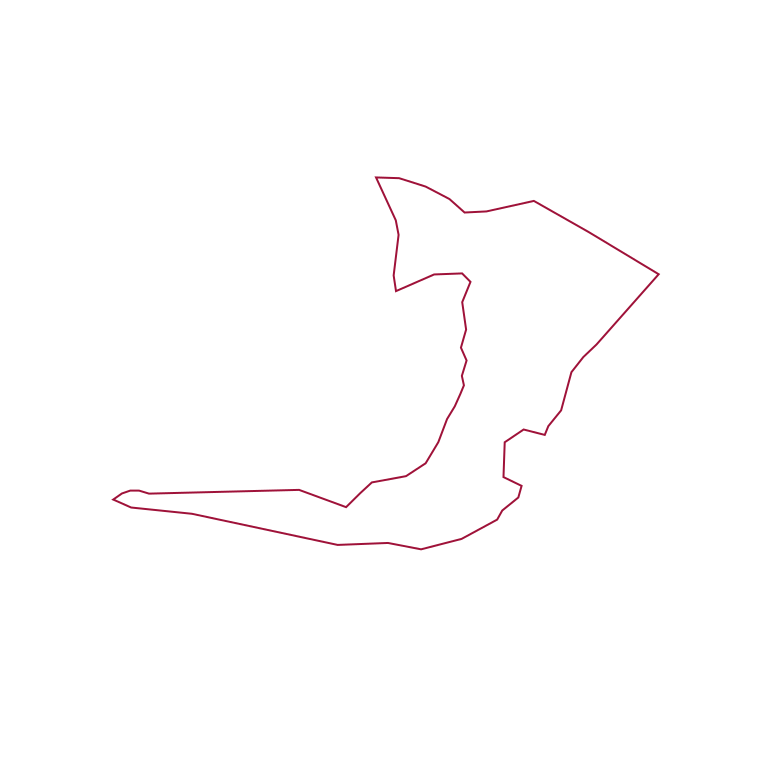 outline of West Grand Bahama, rotated 326°
{"feature_id": "BHS-5011", "entity_name": "West Grand Bahama", "entity_type": "District", "adm_level": 1, "iso_a3": "BHS", "parent_name": "The Bahamas", "parent_adm1": "", "projection": "orthographic", "projection_center": [-78.67, 26.651], "detail": "fine", "context": "isolated", "style": "outline", "palette": "rose", "viewbox_px": 768, "rotation_deg": 326, "n_neighbors": 0, "source": "natural_earth", "source_scale": "10m", "svg_char_len": 849}
<svg xmlns="http://www.w3.org/2000/svg" viewBox="0 0 768 768"><g transform="rotate(326 384 384)"><path d="M673.1,446.6L582.2,470.1L564.4,473.1L546.0,479.0L516.1,504.9L496.7,510.8L488.8,516.1L474.3,499.8L451.5,499.8L431.0,528.0L441.1,545.4L431.9,553.2L411.3,555.0L402.0,559.7L361.7,555.8L322.3,541.8L298.4,518.0L255.6,491.5L152.2,384.2L105.3,345.0L94.9,328.4L105.5,328.2L114.1,330.5L121.4,335.5L127.9,343.5L254.4,424.3L283.7,464.9L303.3,461.2L318.9,458.8L350.7,472.7L374.2,473.0L396.5,462.6L416.7,448.3L430.2,442.1L441.8,434.9L449.5,429.8L453.1,420.8L465.6,410.7L468.1,396.9L482.5,384.8L494.6,359.9L512.8,347.7L510.6,336.0L486.8,321.2L445.9,313.7L452.7,299.4L479.5,268.5L485.3,254.9L492.9,208.3L511.6,221.8L528.9,243.6L541.7,267.3L546.7,286.9L565.4,298.2L610.6,316.0L638.8,372.8L673.1,446.6Z" fill="none" stroke="#9f1239" stroke-width="2"/></g></svg>